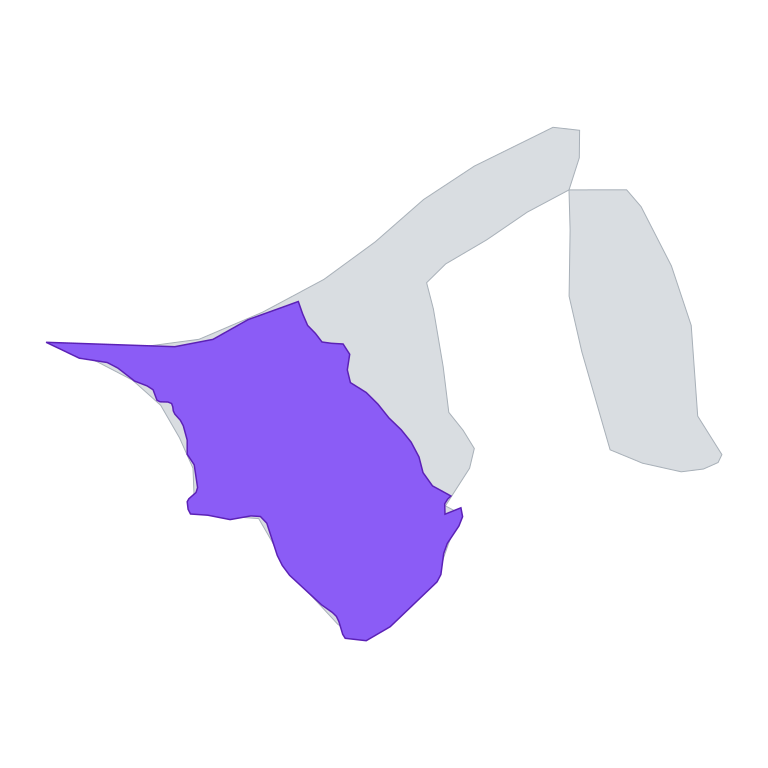 where Belait sits in Brunei
{"feature_id": "BRN-1181", "entity_name": "Belait", "entity_type": "District", "adm_level": 1, "iso_a3": "BRN", "parent_name": "Brunei", "parent_adm1": "", "projection": "orthographic", "projection_center": [114.479, 4.349], "detail": "fine", "context": "in_parent", "style": "filled", "palette": "violet", "viewbox_px": 768, "rotation_deg": 0, "n_neighbors": 0, "source": "natural_earth", "source_scale": "10m", "svg_char_len": 1775}
<svg xmlns="http://www.w3.org/2000/svg" viewBox="0 0 768 768"><path d="M569.0,189.9L527.3,212.1L486.6,239.9L445.7,263.9L426.6,282.7L433.4,309.0L443.2,366.9L448.8,412.4L463.1,430.3L474.3,448.5L469.6,468.2L445.4,505.9L459.2,513.2L441.7,563.1L415.7,600.0L379.6,630.0L356.3,637.0L337.7,624.2L307.3,591.3L274.2,545.3L258.7,518.6L211.0,515.1L194.0,494.0L193.0,468.2L179.5,437.8L160.7,405.3L132.6,380.2L95.1,360.7L79.2,346.6L137.2,347.5L199.0,339.3L262.7,312.1L323.9,279.4L375.3,241.8L423.6,199.5L474.3,166.1L553.0,127.3L579.6,130.3L579.3,157.8L569.0,189.9ZM626.6,189.8L641.1,206.7L671.4,265.9L691.2,325.4L697.7,416.1L721.9,454.6L718.1,462.5L703.5,469.0L681.2,471.8L642.5,463.2L610.1,449.8L581.8,351.7L569.1,296.2L570.1,230.0L569.0,189.9L626.6,189.8Z" fill="#d9dde1" stroke="#a8b0b8" stroke-width="1"/><path d="M230.1,519.6L207.8,515.2L190.5,514.0L188.1,509.3L187.2,501.7L188.9,498.7L196.0,492.5L197.6,487.6L194.2,464.8L187.2,454.3L187.2,440.1L183.3,425.8L180.3,420.2L174.9,414.2L173.3,410.9L172.8,406.9L171.6,403.5L167.9,402.0L160.1,401.8L157.0,400.3L153.1,389.8L147.1,385.9L134.6,381.1L117.9,368.1L107.2,362.5L79.3,358.2L46.1,342.3L174.8,346.7L212.9,339.4L248.1,319.6L298.3,301.5L302.6,313.8L307.6,325.4L315.4,333.4L322.0,342.0L331.4,343.3L343.1,344.0L349.7,354.3L347.3,369.9L350.4,382.6L366.2,392.5L377.9,404.1L388.9,417.9L401.3,429.9L411.1,442.1L419.0,457.0L423.0,472.6L432.5,485.9L449.5,495.2L450.7,495.9L450.9,496.0L447.7,499.1L444.7,503.8L445.0,514.2L460.9,507.8L462.6,516.7L458.9,526.0L447.3,543.4L443.7,553.4L440.9,574.5L437.0,581.9L390.2,626.7L366.2,640.7L345.2,638.3L342.7,634.3L338.9,621.6L336.4,616.4L332.4,612.5L321.6,604.9L289.6,575.3L282.3,565.5L277.3,555.5L266.8,523.2L260.4,516.5L250.9,515.9L230.1,519.6Z" fill="#8b5cf6" stroke="#5b21b6" stroke-width="1.5"/></svg>